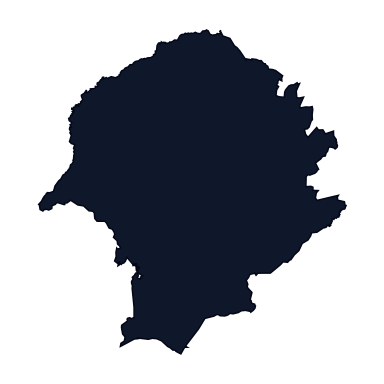 outline of Pivijay, Magdalena, Colombia, rotated 267°
{"feature_id": "7082276B47489948463492", "entity_name": "Pivijay", "entity_type": "district", "adm_level": 2, "iso_a3": "COL", "parent_name": "Colombia", "parent_adm1": "Magdalena", "projection": "albers", "projection_center": [-74.384, 10.44], "detail": "fine", "context": "isolated", "style": "filled", "palette": "ink", "viewbox_px": 384, "rotation_deg": 267, "n_neighbors": 0, "source": "geoboundaries", "source_scale": "gbopen_adm2", "svg_char_len": 6003}
<svg xmlns="http://www.w3.org/2000/svg" viewBox="0 0 384 384"><g transform="rotate(267 192 192)"><path d="M170.4,345.8L170.6,344.2L174.3,343.7L176.2,337.1L179.3,336.9L181.0,338.0L177.1,316.5L179.5,314.9L184.6,316.1L186.8,318.1L187.3,312.9L190.5,313.0L191.4,311.1L191.4,306.0L201.5,306.8L203.2,308.6L202.7,310.5L204.3,315.6L205.9,317.7L207.0,317.9L208.0,319.6L214.5,316.8L218.4,322.4L220.6,324.1L221.0,327.0L224.0,328.0L225.5,329.5L229.6,330.9L229.7,332.5L228.7,335.9L227.5,337.2L228.9,339.1L230.7,339.7L233.4,338.8L234.1,339.2L235.2,338.6L236.8,338.8L240.7,336.4L245.4,336.5L243.1,328.2L247.2,326.0L247.3,321.5L249.9,319.9L240.5,310.7L243.8,308.4L248.9,307.5L249.0,310.4L250.7,312.3L256.6,314.7L257.9,316.0L262.5,316.0L268.2,316.9L271.0,316.5L270.6,314.0L271.0,310.0L270.3,304.4L272.6,304.2L280.9,308.4L280.3,304.5L280.5,301.6L287.4,301.4L294.7,305.1L294.2,303.2L295.6,302.7L293.7,299.2L293.7,296.4L292.8,294.2L289.1,290.9L286.9,289.8L281.8,289.1L282.5,284.0L283.9,280.9L289.4,281.8L292.8,284.0L294.5,281.9L296.2,283.4L298.0,283.5L299.9,284.8L298.3,287.5L301.0,287.5L303.3,288.6L308.9,281.9L310.1,278.8L310.7,274.8L313.5,274.3L315.2,272.1L316.2,271.9L316.5,270.3L319.6,268.0L319.6,266.0L321.0,263.2L321.8,258.8L320.8,258.6L322.1,253.2L321.0,252.8L330.3,247.2L333.8,244.5L335.8,242.0L343.4,237.9L346.2,231.0L351.2,228.8L352.0,229.2L351.0,228.2L349.7,228.7L348.7,228.3L348.5,226.2L348.9,225.5L347.7,224.1L347.8,222.1L347.3,221.3L348.6,218.2L352.1,216.6L353.1,214.9L352.3,213.8L352.2,211.1L349.7,208.7L350.1,205.9L351.3,203.6L350.2,201.3L350.7,199.8L350.3,197.8L350.9,196.7L350.3,195.2L350.9,193.6L349.8,192.1L349.9,190.2L348.9,188.3L344.3,185.4L344.7,182.5L342.9,179.8L343.0,178.8L342.4,178.2L342.9,177.5L342.0,176.7L341.8,174.0L342.6,173.5L342.2,172.9L343.0,171.9L342.7,170.1L343.4,169.3L342.7,169.2L342.5,167.7L342.0,167.6L342.6,167.2L342.4,166.3L340.1,164.8L335.1,164.0L334.6,162.7L332.4,162.8L331.8,162.1L331.3,162.3L331.2,160.8L329.6,160.5L328.3,157.6L328.3,154.8L327.3,152.1L327.8,151.8L327.6,150.7L327.0,150.5L327.6,148.8L327.1,147.2L325.2,144.9L325.7,144.5L325.3,142.3L324.1,140.5L322.3,139.2L322.4,136.8L320.0,134.5L319.7,132.9L319.0,131.4L317.6,130.5L316.7,128.1L314.9,126.8L313.0,126.4L312.8,125.4L312.1,125.5L311.5,124.7L310.1,121.6L311.4,117.4L310.4,114.8L309.5,114.2L310.8,112.4L309.7,109.7L311.3,109.7L311.2,108.6L309.3,107.7L308.8,106.7L306.7,105.2L305.8,103.1L304.3,102.9L303.6,103.9L302.3,103.2L302.5,101.0L300.9,100.8L300.4,100.0L300.3,95.9L299.0,95.8L296.7,92.8L297.0,91.7L298.5,92.1L298.9,91.6L296.3,89.7L294.6,86.7L293.8,86.5L289.7,87.7L287.7,85.4L286.6,85.6L285.9,85.0L285.9,83.3L283.8,83.5L283.7,81.7L284.2,81.4L285.1,82.1L285.1,80.8L284.7,80.1L283.1,79.8L282.8,78.1L281.6,77.8L282.0,76.4L280.9,76.2L279.7,78.3L279.1,78.4L278.5,76.7L277.4,77.7L276.4,76.1L274.6,76.1L274.9,75.0L272.5,74.0L272.0,72.7L269.7,73.1L267.5,75.6L266.1,74.9L265.7,73.8L262.9,74.6L263.1,73.4L261.3,72.9L258.5,74.0L257.4,73.1L256.4,74.3L255.8,73.9L255.0,74.5L248.7,72.3L246.7,74.1L245.4,77.4L241.8,76.0L239.8,76.9L238.4,75.9L236.1,76.7L235.2,76.0L230.3,75.3L230.0,74.8L229.6,75.2L228.4,75.0L226.2,73.4L225.6,72.2L223.7,71.6L223.0,71.9L222.2,70.8L220.6,70.1L220.4,69.4L218.8,68.5L218.1,66.8L217.0,66.6L215.5,63.9L211.9,61.8L210.1,59.5L205.3,55.6L199.8,53.7L198.6,49.5L199.0,47.9L198.2,46.5L197.1,46.1L195.1,43.9L194.0,44.0L193.9,43.1L190.7,41.3L187.6,38.2L186.9,38.9L182.4,39.4L180.8,42.1L182.2,43.6L182.3,46.1L181.5,48.0L182.8,51.1L185.6,51.5L186.8,54.9L188.3,56.1L188.3,57.7L186.1,63.6L186.2,64.3L187.8,64.4L187.6,66.5L190.1,70.4L185.0,77.4L183.8,83.0L178.6,88.1L178.0,91.9L176.3,93.3L170.7,93.5L167.8,95.6L167.3,103.5L165.4,105.0L160.4,107.3L159.0,110.5L155.8,112.2L153.7,112.6L150.8,111.2L147.3,114.7L143.8,115.0L141.9,116.9L140.3,117.6L139.4,117.0L139.1,115.5L139.2,114.4L139.9,113.9L135.8,112.9L131.5,112.9L127.1,111.1L124.1,114.6L122.2,114.2L123.2,115.9L124.4,115.9L125.5,114.5L126.0,114.6L126.1,115.9L125.4,115.6L123.4,117.6L124.3,118.4L124.7,120.2L126.2,121.7L130.1,123.7L123.3,128.8L123.3,132.9L122.9,132.9L123.1,130.6L122.0,128.6L122.0,130.6L122.9,130.6L122.4,131.1L121.6,130.2L121.6,131.8L122.0,132.1L122.2,131.7L122.9,131.4L122.1,132.4L120.9,132.6L121.1,133.9L119.9,134.1L119.8,133.2L120.1,132.4L121.2,132.0L119.2,132.3L119.6,134.7L119.2,135.3L118.9,134.5L119.4,133.9L118.4,133.7L117.8,134.6L117.0,133.1L117.6,132.3L118.8,132.1L116.6,132.5L116.9,131.9L116.1,132.8L114.7,133.0L116.2,133.5L114.4,133.4L110.8,138.3L109.7,136.1L108.4,136.4L107.8,135.8L108.7,133.4L109.4,132.7L110.8,133.9L112.2,133.9L114.0,132.1L113.9,131.5L111.8,130.1L109.9,127.9L108.2,128.6L105.9,127.0L104.1,126.9L101.4,127.6L99.0,127.2L80.0,128.1L69.5,127.6L69.6,127.0L68.6,125.2L69.7,123.1L69.3,121.2L68.5,120.5L67.2,120.9L66.3,120.4L62.6,114.8L60.3,114.5L53.8,115.3L50.7,117.6L46.7,116.6L44.6,113.1L41.5,112.4L48.2,126.7L48.4,130.4L49.1,130.0L47.2,140.7L48.0,144.8L47.3,149.2L44.9,153.9L39.0,159.6L37.6,162.1L35.2,164.5L34.9,166.8L33.9,168.1L33.6,167.8L30.9,172.4L37.3,176.5L37.2,179.1L37.8,178.2L39.1,177.9L54.7,191.2L65.1,198.3L66.9,207.4L68.4,210.4L68.0,212.2L67.0,213.5L66.5,218.2L67.2,221.1L68.8,223.6L68.2,226.7L69.2,231.9L70.8,235.0L71.0,239.2L69.7,244.1L68.9,244.4L70.5,246.8L72.5,248.7L74.9,249.4L75.1,248.9L76.6,248.8L77.9,245.7L80.5,245.3L81.2,244.4L88.5,246.6L93.2,242.7L95.0,242.1L96.3,242.8L97.8,242.7L100.9,241.5L103.6,243.9L106.7,245.5L107.4,249.4L108.0,250.2L105.5,251.6L107.5,253.6L106.9,266.0L114.8,276.6L117.5,279.3L116.8,283.8L118.9,285.9L119.2,287.2L123.9,290.9L127.8,295.6L134.9,299.4L138.0,305.3L142.0,308.2L145.0,309.3L145.3,314.7L149.6,321.8L149.3,322.6L150.1,324.5L151.8,325.3L150.5,327.6L151.4,328.6L151.9,327.6L152.4,328.3L152.4,327.9L153.3,329.2L155.6,330.5L157.5,330.3L157.8,331.5L157.2,332.2L158.8,333.3L158.3,334.7L159.4,335.9L159.3,337.1L160.3,337.2L160.5,338.0L161.6,337.9L162.0,338.4L162.3,337.9L163.7,338.1L164.3,339.1L165.3,338.7L165.6,340.1L166.6,340.7L166.6,341.6L167.3,342.1L166.9,343.0L167.3,343.8L170.2,344.9L170.4,345.8Z" fill="#0f172a" stroke="#020617" stroke-width="1.5"/></g></svg>